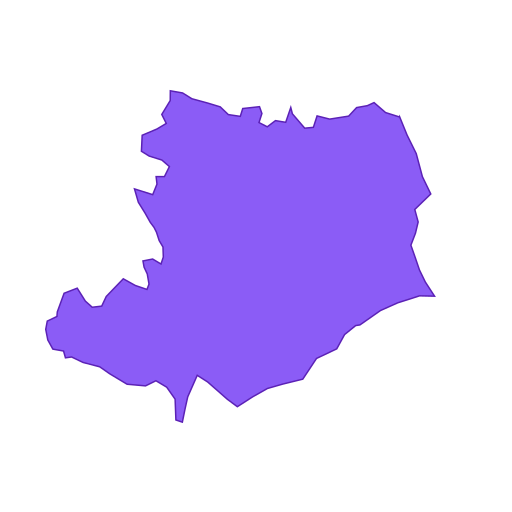 the district of Drymou, Paphos, Cyprus, rotated 16°
{"feature_id": "46923920B67482680261453", "entity_name": "Drymou", "entity_type": "district", "adm_level": 2, "iso_a3": "CYP", "parent_name": "Cyprus", "parent_adm1": "Paphos", "projection": "robinson", "projection_center": [32.5, 34.923], "detail": "fine", "context": "isolated", "style": "filled", "palette": "violet", "viewbox_px": 512, "rotation_deg": 16, "n_neighbors": 0, "source": "geoboundaries", "source_scale": "gbopen_adm2", "svg_char_len": 1557}
<svg xmlns="http://www.w3.org/2000/svg" viewBox="0 0 512 512"><g transform="rotate(16 256 256)"><path d="M128.1,120.8L130.7,130.2L126.4,145.9L133.2,153.3L125.8,161.2L113.3,171.3L117.0,186.9L125.8,189.4L139.0,189.7L148.1,193.9L146.1,204.9L138.1,207.2L141.0,214.2L139.8,225.5L120.7,225.0L128.1,236.8L137.5,245.3L145.2,252.9L150.1,256.6L153.8,260.6L158.7,267.9L164.1,273.0L167.2,282.6L166.9,289.9L157.5,287.4L148.7,291.9L151.5,297.6L156.4,303.2L160.9,312.5L160.4,318.2L148.1,317.6L134.7,314.5L127.8,327.5L123.2,336.2L121.5,346.7L112.7,350.4L104.4,346.4L93.0,336.2L81.8,344.7L80.4,364.5L81.3,369.0L73.3,376.1L74.1,384.5L79.0,394.1L86.4,401.5L97.2,400.4L100.9,406.4L106.6,403.9L119.1,406.0L136.3,405.6L147.7,409.5L167.4,414.8L185.6,411.3L194.2,403.5L206.3,406.7L217.7,415.9L224.2,435.7L230.1,436.0L231.0,436.0L229.9,421.9L229.2,410.2L232.4,386.9L244.2,390.4L268.1,401.7L279.6,406.0L291.7,392.2L303.5,380.2L317.1,371.7L334.9,361.5L342.4,337.8L359.2,323.0L362.8,307.1L371.0,295.4L374.9,293.6L390.7,274.1L405.2,261.9L415.9,254.8L424.2,249.2L438.7,245.4L425.9,234.3L417.0,224.4L409.7,213.9L401.9,202.9L403.0,190.2L402.5,178.6L395.8,167.5L406.9,148.2L394.1,133.9L381.8,113.4L367.8,98.0L355.7,82.6L355.7,82.8L341.0,82.4L327.2,76.0L321.6,80.8L311.8,85.6L306.5,96.0L289.1,104.1L276.1,104.5L275.7,116.5L267.6,119.7L251.8,109.3L248.5,103.7L247.7,119.3L237.4,120.5L231.2,128.7L222.1,126.9L222.4,117.4L218.2,111.5L202.6,117.9L202.4,126.1L190.4,127.7L180.5,122.5L167.6,122.3L150.9,122.5L140.5,119.5L128.1,120.8Z" fill="#8b5cf6" stroke="#5b21b6" stroke-width="1.5"/></g></svg>